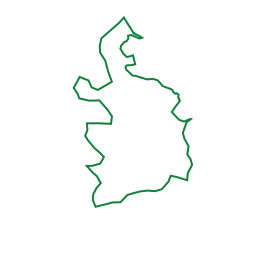 the district of Lazanias, Nicosia, Cyprus, rotated 221°
{"feature_id": "46923920B15304330642717", "entity_name": "Lazanias", "entity_type": "district", "adm_level": 2, "iso_a3": "CYP", "parent_name": "Cyprus", "parent_adm1": "Nicosia", "projection": "mercator", "projection_center": [33.218, 34.935], "detail": "fine", "context": "isolated", "style": "outline", "palette": "green", "viewbox_px": 256, "rotation_deg": 221, "n_neighbors": 0, "source": "geoboundaries", "source_scale": "gbopen_adm2", "svg_char_len": 1530}
<svg xmlns="http://www.w3.org/2000/svg" viewBox="0 0 256 256"><g transform="rotate(221 128 128)"><path d="M184.2,118.4L175.2,123.2L167.8,130.0L156.2,128.5L147.8,126.3L143.6,120.0L153.6,112.0L162.0,104.6L157.3,99.8L155.2,94.0L149.9,92.4L139.9,90.8L132.5,90.8L127.2,90.3L125.6,82.9L129.8,76.5L134.1,72.3L125.6,71.2L119.8,71.2L112.4,68.5L112.4,62.2L110.8,55.3L107.2,50.5L100.8,47.3L98.0,51.3L94.0,56.9L90.8,61.7L85.0,67.0L84.5,77.0L80.8,82.9L77.1,88.2L72.3,93.5L66.0,98.2L62.3,104.1L62.3,114.1L64.4,120.0L58.6,123.2L49.1,127.4L53.3,133.2L55.4,142.2L60.2,145.4L66.0,147.0L70.2,153.9L78.7,157.1L83.4,160.3L87.6,170.9L86.4,176.0L86.8,175.8L89.9,169.7L94.5,167.8L98.3,168.0L105.4,168.8L105.7,171.6L106.2,175.3L106.5,180.9L106.4,182.1L108.1,183.4L108.2,183.1L110.3,184.1L111.5,186.2L114.1,186.2L114.8,184.9L117.2,184.8L119.5,185.8L120.9,185.6L122.5,185.0L129.2,182.4L136.6,183.5L141.3,181.5L146.0,176.8L149.5,175.5L152.3,174.1L156.4,172.4L159.1,170.5L164.3,170.8L166.9,170.8L169.1,171.7L170.1,172.8L169.9,174.6L166.8,177.5L164.4,180.8L171.8,186.1L174.5,182.0L175.4,180.9L179.8,180.9L185.7,182.8L187.2,185.7L187.2,190.4L186.1,192.5L186.3,195.7L188.5,197.7L186.7,200.1L184.1,201.1L178.0,203.1L176.6,205.4L179.0,205.0L181.0,204.6L185.6,203.2L185.7,203.7L186.8,203.5L203.6,208.7L203.7,201.1L203.8,200.8L205.8,186.2L206.9,178.3L203.2,171.4L198.5,166.6L189.5,164.0L180.0,157.6L170.5,152.3L173.7,142.8L175.8,136.9L182.1,134.8L189.0,138.0L197.9,134.8L195.3,122.6L189.0,121.0L184.2,118.4Z" fill="none" stroke="#15803d" stroke-width="2"/></g></svg>